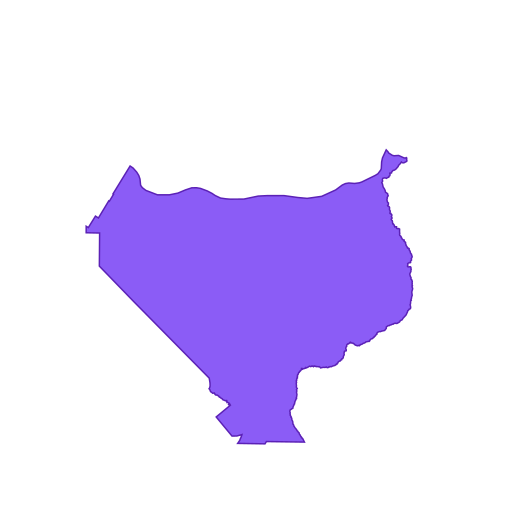 the district of Rosario, Santa Fe, Argentina, rotated 304°
{"feature_id": "61730980B23902943966550", "entity_name": "Rosario", "entity_type": "district", "adm_level": 2, "iso_a3": "ARG", "parent_name": "Argentina", "parent_adm1": "Santa Fe", "projection": "robinson", "projection_center": [-60.711, -33.096], "detail": "fine", "context": "isolated", "style": "filled", "palette": "violet", "viewbox_px": 512, "rotation_deg": 304, "n_neighbors": 0, "source": "geoboundaries", "source_scale": "gbopen_adm2", "svg_char_len": 6162}
<svg xmlns="http://www.w3.org/2000/svg" viewBox="0 0 512 512"><g transform="rotate(304 256 256)"><path d="M260.2,101.3L227.5,102.7L227.5,103.4L219.4,103.8L219.4,103.1L199.4,104.1L199.3,100.6L185.8,101.1L185.7,98.6L180.3,102.2L187.6,113.5L160.0,131.8L149.8,180.3L128.6,285.5L125.1,288.8L122.6,290.6L120.8,291.3L119.7,291.3L119.4,292.4L118.2,294.1L118.1,294.6L118.2,295.1L118.0,296.9L119.1,297.9L119.1,298.2L118.5,298.9L118.6,299.4L118.2,300.1L118.6,301.1L118.9,301.3L119.1,302.5L118.8,303.1L119.0,303.8L118.5,304.5L118.8,305.1L118.6,306.2L118.7,308.1L118.3,308.7L118.8,311.2L119.8,312.5L119.5,313.0L118.9,312.9L118.8,313.6L118.3,313.9L118.8,314.6L119.0,315.6L118.8,316.6L118.6,316.6L118.2,316.2L117.6,316.2L117.5,316.9L117.7,317.3L118.2,317.8L118.0,318.2L100.3,313.0L93.3,336.8L96.1,340.8L100.1,344.2L98.8,344.6L98.4,344.5L97.9,344.9L95.1,345.3L94.4,345.6L90.4,345.6L105.3,368.5L108.0,368.4L128.8,400.2L130.7,396.9L130.7,396.2L131.1,395.6L130.9,395.2L131.4,394.7L131.5,393.9L132.3,392.8L132.3,392.4L132.7,391.4L133.5,390.6L133.7,389.2L134.1,388.6L134.0,388.1L134.8,386.6L135.5,384.0L135.9,383.4L136.0,382.8L136.9,381.8L137.3,380.9L137.4,380.4L137.9,380.2L139.5,378.8L140.0,377.7L140.7,376.9L141.1,376.7L141.8,375.8L141.9,375.2L142.4,375.0L143.3,373.1L144.1,372.9L144.6,372.1L145.3,371.9L146.2,370.8L147.5,370.4L148.8,371.0L149.3,371.0L150.2,371.7L151.9,371.0L153.6,370.8L154.2,370.5L155.0,370.7L155.5,370.3L156.5,370.0L157.1,369.6L158.2,369.6L159.5,369.2L160.4,369.4L160.8,369.1L160.9,368.7L161.9,368.5L162.9,367.9L163.8,367.6L165.9,365.6L166.9,365.4L167.8,364.3L169.2,364.3L169.6,363.1L170.4,362.4L171.1,362.1L172.7,360.7L173.9,360.3L174.1,359.8L174.8,359.5L175.4,359.0L175.9,359.2L176.7,358.5L177.6,358.3L177.9,358.5L178.2,358.1L178.9,358.1L179.2,357.6L179.9,357.5L180.3,357.0L180.9,356.9L181.5,357.1L183.1,356.6L183.7,356.9L184.1,356.7L184.9,357.0L185.3,356.8L185.8,357.1L187.2,357.2L188.2,356.6L188.5,356.9L188.1,357.5L188.1,357.9L188.9,358.1L189.5,358.9L190.4,359.3L190.7,359.8L191.4,359.7L191.4,360.3L192.8,361.2L194.5,361.9L194.8,362.4L194.8,363.1L195.5,363.7L196.2,363.9L196.2,364.7L196.6,365.0L196.5,365.6L197.0,365.6L197.2,366.0L197.7,366.2L197.7,366.9L197.8,367.3L198.1,367.5L198.1,368.1L198.6,368.6L199.1,369.8L199.6,370.1L199.6,371.2L199.3,372.1L201.2,373.9L201.9,374.9L202.1,375.5L203.3,376.3L203.2,377.3L203.7,378.1L204.6,378.3L204.7,378.7L205.8,379.2L206.0,380.0L206.5,380.5L207.4,380.9L209.5,382.7L210.1,382.8L210.4,383.1L211.1,383.0L211.6,383.6L212.3,383.3L213.1,383.7L214.1,383.4L215.9,384.1L216.2,384.6L217.2,384.5L217.8,385.0L218.5,384.6L219.3,385.2L220.4,385.2L221.8,384.5L223.4,384.4L224.8,383.2L225.9,383.0L226.3,382.6L226.7,382.7L227.9,383.8L228.7,383.3L229.4,382.2L230.7,381.6L231.9,381.7L232.8,381.0L234.3,381.1L234.5,381.3L234.9,381.9L235.5,381.9L236.2,382.3L236.8,382.2L237.2,382.3L237.4,382.6L237.4,382.9L237.0,383.5L237.4,383.9L237.9,385.1L237.8,385.5L238.1,385.8L237.9,386.3L237.9,387.3L237.6,388.0L238.1,389.4L238.1,390.1L239.1,390.9L239.2,391.7L239.8,391.7L240.0,392.0L240.6,392.2L241.1,392.1L241.6,392.8L242.7,393.5L243.5,393.6L244.4,394.5L245.6,395.1L246.2,395.1L248.3,397.2L248.5,397.6L249.2,397.7L249.6,397.4L250.1,397.6L250.9,397.6L251.9,398.0L252.7,398.8L254.0,398.9L254.5,399.3L255.4,399.1L256.4,399.6L258.5,399.6L259.0,399.9L259.2,399.5L260.4,399.4L261.3,399.8L262.5,400.7L262.9,401.5L263.9,402.1L266.2,404.3L268.8,404.5L270.1,403.7L272.1,404.5L272.9,405.5L273.7,405.7L274.3,406.4L275.7,407.2L276.4,408.0L276.9,408.0L277.6,408.5L278.2,409.1L278.4,409.9L278.7,410.2L279.1,410.7L281.6,411.9L283.2,411.8L284.8,412.8L286.6,412.7L291.0,413.4L294.6,412.8L295.5,412.4L296.7,412.8L297.3,412.6L298.2,413.3L299.4,413.3L300.9,412.1L301.7,411.0L302.6,410.9L305.4,409.3L306.1,409.5L306.5,408.9L307.5,408.7L309.2,407.9L310.7,407.5L313.1,405.4L314.5,404.8L315.5,404.6L316.9,403.9L317.3,403.1L318.1,402.4L318.8,402.4L319.1,401.7L320.6,400.9L321.2,400.3L322.3,399.8L323.4,398.3L323.5,397.4L324.9,396.5L325.3,395.5L327.0,393.5L329.7,393.1L331.0,392.3L331.8,392.1L332.3,391.4L333.0,391.0L333.4,390.4L333.4,389.9L332.0,388.2L332.1,387.6L332.3,387.2L333.4,387.0L334.5,386.0L335.6,386.4L336.9,387.8L337.1,387.8L338.0,387.0L339.6,387.2L340.7,386.2L342.1,386.1L343.1,385.6L343.8,384.4L344.4,384.0L344.8,382.5L346.1,381.1L346.9,379.3L347.7,378.9L347.8,377.9L347.3,377.3L347.3,377.1L348.0,376.3L348.8,374.3L349.4,373.9L349.9,373.0L350.8,372.5L351.0,372.2L351.0,370.6L352.1,369.9L351.7,369.1L351.8,367.6L352.4,366.9L352.5,366.1L353.3,365.3L353.5,363.6L354.5,362.7L355.3,362.5L355.9,361.8L358.6,360.0L358.6,359.0L357.8,358.0L357.5,357.1L358.8,356.2L358.2,355.1L357.7,354.8L357.9,354.3L358.9,353.4L359.0,352.7L359.4,352.0L359.1,351.5L360.0,350.5L360.4,350.3L361.5,349.2L361.6,348.3L362.1,347.5L363.6,347.6L364.2,346.3L365.3,346.1L366.1,345.6L366.3,345.1L366.2,344.6L366.7,344.0L366.2,343.3L366.3,343.1L368.1,342.3L368.5,341.9L369.0,340.8L370.9,339.6L371.4,338.6L371.2,337.3L371.4,336.9L372.6,337.0L373.6,336.4L374.0,336.1L374.1,335.0L375.8,333.1L377.1,332.6L378.0,332.0L379.9,331.9L380.3,331.2L381.1,330.5L381.3,330.1L381.3,327.7L382.2,326.8L383.2,325.4L384.4,322.7L386.5,320.5L387.2,319.2L388.6,319.2L389.1,319.0L389.6,318.3L390.2,317.9L391.3,317.7L392.6,318.8L393.2,320.0L393.3,320.7L394.5,321.2L395.6,322.0L396.3,321.6L397.1,322.0L397.6,322.0L398.8,321.4L399.4,320.6L399.6,320.6L400.6,321.9L401.7,321.5L403.6,321.8L404.7,322.8L406.3,323.4L409.6,323.8L410.9,323.5L413.3,324.0L414.9,323.9L415.2,324.0L415.0,324.4L415.4,325.8L416.1,326.6L418.7,328.0L419.3,327.9L420.3,326.9L421.5,326.2L421.6,325.5L420.8,325.2L420.1,323.8L419.1,318.0L416.3,314.4L415.7,312.7L415.6,308.4L416.2,307.2L416.8,304.6L408.1,306.0L404.3,307.5L398.5,311.0L397.1,311.3L392.4,311.1L389.5,309.8L376.5,302.3L374.4,300.7L371.3,297.2L368.4,292.1L366.0,289.6L363.0,287.8L355.3,285.1L342.2,277.1L332.4,266.2L327.9,258.0L321.7,245.4L312.0,231.1L306.9,224.3L296.4,214.1L288.8,203.0L286.7,199.3L284.2,194.2L283.3,188.3L283.3,184.5L282.7,179.3L281.0,172.2L279.4,168.7L276.7,164.7L271.4,160.6L264.5,156.1L258.2,149.9L251.6,140.1L248.8,128.0L249.1,123.5L250.1,120.8L254.9,116.8L257.2,113.8L258.8,110.3L260.2,104.9L260.2,101.3Z" fill="#8b5cf6" stroke="#5b21b6" stroke-width="1.5"/></g></svg>